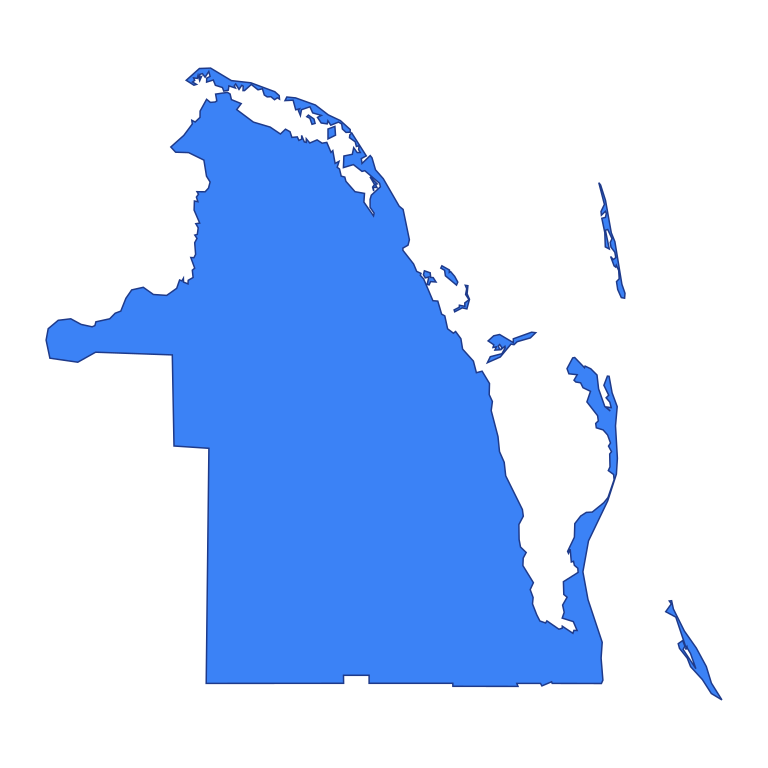 Isla Mujeres, Quintana Roo, Mexico
{"feature_id": "50627088B16692163202625", "entity_name": "Isla Mujeres", "entity_type": "district", "adm_level": 2, "iso_a3": "MEX", "parent_name": "Mexico", "parent_adm1": "Quintana Roo", "projection": "natural_earth1", "projection_center": [-86.89, 21.403], "detail": "fine", "context": "isolated", "style": "filled", "palette": "blue", "viewbox_px": 768, "rotation_deg": 0, "n_neighbors": 0, "source": "geoboundaries", "source_scale": "gbopen_adm2", "svg_char_len": 6076}
<svg xmlns="http://www.w3.org/2000/svg" viewBox="0 0 768 768"><path d="M601.4,683.5L602.9,680.2L601.1,658.1L602.2,642.3L588.0,599.6L582.9,571.8L588.5,540.9L607.7,500.9L616.4,474.1L617.4,458.3L615.5,425.9L617.2,406.6L612.1,392.8L609.1,376.3L607.4,376.1L603.9,385.3L608.7,395.2L606.1,397.8L609.8,402.1L611.2,407.6L606.0,406.9L610.3,411.1L604.8,406.5L598.6,388.9L597.0,375.0L590.8,368.8L585.1,366.1L584.5,367.7L574.7,357.5L572.7,357.9L567.0,368.6L568.9,373.8L577.2,374.7L574.0,380.2L575.8,382.0L580.6,382.8L583.0,387.7L590.5,391.3L586.9,401.9L597.6,415.7L598.3,420.9L595.7,423.4L596.3,427.8L603.1,429.9L607.6,435.0L610.5,443.0L608.5,446.1L611.5,451.7L609.7,454.0L610.0,466.8L608.3,470.6L613.6,474.5L614.1,479.7L608.0,497.5L603.8,502.7L592.2,512.1L586.3,512.4L580.7,516.0L574.8,523.6L574.4,537.2L567.6,551.4L568.5,553.3L570.2,549.2L571.3,562.0L573.5,561.3L574.4,565.4L577.8,568.2L578.1,572.4L563.4,581.7L563.8,594.5L567.1,597.2L562.6,605.1L564.2,612.3L562.2,618.1L573.3,621.6L577.1,630.5L573.9,630.4L572.9,633.3L562.3,626.2L562.2,628.2L558.9,629.2L546.9,620.9L545.6,623.0L539.9,621.0L536.7,614.7L532.5,603.9L533.1,597.5L530.2,589.6L533.4,582.7L522.9,565.6L523.2,558.1L526.2,552.5L520.5,547.0L519.1,539.5L518.9,524.5L523.3,516.2L522.4,509.5L505.7,475.8L504.2,462.3L499.5,451.6L498.0,436.6L491.2,410.6L492.4,401.5L489.2,394.6L489.5,383.5L482.1,371.2L476.4,372.7L473.4,361.1L462.6,349.1L460.9,338.7L455.6,331.5L453.4,333.2L447.6,328.8L444.8,315.9L441.6,314.1L437.8,301.1L432.9,300.7L423.7,279.0L420.3,275.3L421.0,273.4L416.7,271.4L413.6,264.0L402.9,250.3L402.9,248.1L408.0,245.2L409.4,239.8L403.1,209.4L399.2,206.2L383.3,178.7L375.5,169.8L372.0,157.8L370.2,155.6L362.0,163.5L361.3,158.6L366.3,155.9L351.7,132.9L349.8,134.9L349.5,137.7L355.2,141.8L356.4,146.5L359.2,145.6L358.6,149.6L360.3,152.5L357.2,152.6L353.7,147.7L352.3,154.3L343.9,156.0L343.4,167.6L353.4,164.6L362.0,171.4L364.8,170.7L379.6,183.3L380.4,186.8L371.3,195.2L370.1,199.4L370.1,207.3L374.1,213.1L373.5,215.9L363.9,202.1L364.5,193.4L355.0,191.7L345.9,181.3L344.8,177.1L341.2,176.1L339.5,169.0L337.2,167.3L339.0,161.4L335.1,163.4L332.8,150.6L331.0,152.4L326.8,142.4L322.1,143.2L317.1,139.9L309.8,143.0L306.3,138.8L306.2,142.4L304.3,141.9L301.6,135.4L301.7,139.1L298.9,140.4L297.3,136.9L291.9,137.4L290.0,131.7L285.5,129.2L280.4,134.0L270.2,127.1L253.4,122.1L236.7,109.6L241.2,103.6L231.4,99.6L230.1,94.0L227.4,92.4L215.6,94.1L216.8,100.9L215.1,102.0L210.4,102.4L206.6,99.3L200.1,111.1L200.0,117.4L195.2,122.0L191.8,120.3L192.3,124.0L183.8,135.4L170.8,147.0L175.6,152.2L188.6,152.6L203.9,160.1L206.5,176.2L210.1,182.0L208.5,188.1L205.1,191.8L197.0,191.7L198.5,194.2L196.4,197.1L197.9,201.7L194.4,201.0L194.1,210.1L199.7,223.1L195.8,223.7L198.2,227.8L197.3,234.4L194.8,235.1L197.0,238.4L194.7,242.7L195.6,254.4L193.9,257.7L190.8,257.5L194.7,268.2L192.3,270.2L193.1,277.5L188.2,280.3L188.0,283.9L183.5,282.1L183.4,278.3L181.9,280.9L179.6,280.0L176.7,288.3L166.7,295.4L153.4,294.5L143.3,287.3L131.7,289.9L125.9,298.3L120.8,311.1L115.2,313.2L109.7,318.8L95.9,321.8L94.9,325.6L92.1,326.8L81.1,324.4L70.8,318.8L58.2,320.3L48.2,328.7L46.1,340.1L49.9,358.2L77.8,362.2L95.6,352.2L172.3,354.9L174.0,446.0L208.9,448.3L206.2,683.4L343.6,683.3L343.5,675.3L369.1,675.3L369.1,683.3L452.8,683.3L452.9,686.3L518.0,686.4L516.8,683.4L540.5,683.4L541.9,685.9L551.6,681.8L552.2,683.4L601.4,683.5ZM671.6,600.7L669.3,601.0L671.3,603.9L665.7,611.7L675.8,617.1L686.0,647.7L686.9,646.4L687.4,648.3L685.8,648.7L686.0,649.1L687.4,648.3L690.5,653.5L695.9,668.7L683.1,649.4L684.9,646.2L682.7,640.5L678.2,643.7L679.5,648.4L687.3,658.3L690.6,666.7L702.4,679.6L711.3,693.5L721.9,699.9L711.4,683.1L706.3,666.5L696.3,648.0L684.3,630.9L673.4,609.0L671.6,600.7ZM193.9,85.2L196.5,84.4L192.5,82.0L194.7,80.4L193.6,77.9L197.3,78.4L198.1,75.3L199.7,80.7L201.4,76.7L199.9,77.5L199.8,74.4L202.4,73.6L205.1,77.2L208.8,71.5L210.1,76.4L206.7,78.2L206.6,82.1L213.3,80.0L215.4,85.3L222.4,87.5L223.8,91.1L228.3,90.2L228.9,85.9L235.4,88.0L234.3,85.8L235.7,84.0L239.0,89.4L241.8,85.3L243.2,86.2L243.0,90.6L244.5,90.6L251.3,84.5L258.0,89.8L262.4,88.8L264.3,95.0L267.2,96.9L270.9,96.7L274.5,99.7L277.4,97.8L279.5,99.1L279.2,95.6L274.8,91.7L250.9,82.8L231.4,80.6L210.6,68.1L199.4,68.5L186.2,80.3L193.9,85.2ZM295.6,97.9L286.8,97.0L285.0,100.6L293.1,100.2L295.7,109.8L299.5,108.8L298.4,110.6L300.4,115.5L301.5,109.7L309.9,106.8L312.7,112.9L321.3,115.4L317.5,117.4L321.2,123.0L327.2,123.9L327.9,120.8L330.8,125.2L338.5,122.1L341.7,124.0L342.4,129.0L346.0,132.4L350.2,132.2L350.2,129.5L340.4,120.6L328.3,114.9L315.4,105.0L295.6,97.9ZM611.3,232.8L605.5,200.3L600.6,185.0L598.8,182.7L604.4,204.4L601.0,211.5L601.4,215.2L605.4,211.3L606.3,213.5L605.4,217.4L601.8,218.3L604.8,232.6L605.3,246.9L609.3,249.0L605.4,230.2L607.7,229.5L612.0,238.7L610.2,242.5L611.0,247.2L614.8,252.2L615.8,257.6L613.3,259.5L610.6,256.5L614.1,265.9L615.7,267.1L616.3,265.2L618.7,270.5L619.2,278.8L616.5,281.6L617.7,289.5L621.3,297.6L624.6,298.2L625.0,293.3L621.9,284.3L614.9,241.7L611.3,232.8ZM535.7,332.7L531.6,332.2L513.3,338.8L513.3,342.6L499.6,334.5L493.7,335.8L488.1,340.9L493.8,344.8L493.0,347.5L496.4,346.8L494.9,350.1L499.6,349.8L498.4,345.8L499.7,344.5L501.8,347.4L500.5,350.0L504.9,346.3L505.2,347.8L501.9,353.7L490.3,356.7L487.4,362.7L500.3,357.0L511.0,344.1L514.0,344.7L517.2,341.7L530.4,337.9L535.7,332.7ZM449.4,270.0L441.9,265.8L440.8,268.1L444.6,270.3L445.4,275.8L456.5,285.1L457.8,282.1L454.7,276.4L450.6,271.6L449.3,272.4L449.4,270.0ZM467.9,285.7L465.3,285.3L466.7,288.7L465.6,294.5L469.0,299.7L464.8,302.9L464.8,306.3L459.4,305.2L459.2,307.3L454.1,309.9L454.7,311.8L462.3,307.9L466.9,308.9L469.5,299.3L467.1,293.8L467.9,285.7ZM334.9,126.4L328.0,129.0L328.0,138.9L335.5,135.2L334.9,126.4ZM424.4,270.8L423.4,274.8L425.3,277.9L428.8,277.0L427.2,284.4L429.1,284.9L430.6,281.6L436.0,282.0L433.2,277.6L430.7,277.4L430.2,272.8L424.4,270.8ZM314.0,119.0L308.4,115.1L306.8,116.7L309.9,118.3L312.0,124.3L315.1,123.4L314.0,119.0ZM377.2,183.9L370.0,176.8L374.5,184.5L372.6,187.1L373.7,191.1L373.4,187.2L377.0,187.6L375.4,184.3L377.2,183.9Z" fill="#3b82f6" stroke="#1e3a8a" stroke-width="1.5"/></svg>